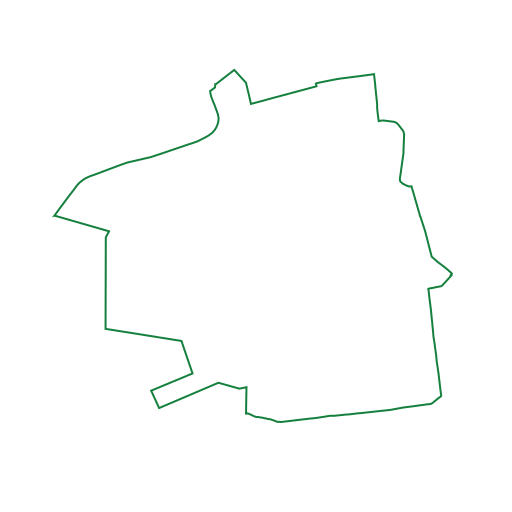 Fantanele, Constanta, Romania (Natural Earth projection), rotated 166°
{"feature_id": "2599482B37422610029163", "entity_name": "Fantanele", "entity_type": "district", "adm_level": 2, "iso_a3": "ROU", "parent_name": "Romania", "parent_adm1": "Constanta", "projection": "natural_earth1", "projection_center": [28.558, 44.619], "detail": "fine", "context": "isolated", "style": "outline", "palette": "green", "viewbox_px": 512, "rotation_deg": 166, "n_neighbors": 0, "source": "geoboundaries", "source_scale": "gbopen_adm2", "svg_char_len": 3724}
<svg xmlns="http://www.w3.org/2000/svg" viewBox="0 0 512 512"><g transform="rotate(166 256 256)"><path d="M272.0,88.9L271.4,88.8L258.8,87.2L257.1,87.0L250.0,86.1L245.5,85.5L243.9,85.3L242.2,85.1L240.0,84.7L234.9,84.1L232.6,83.9L231.5,83.8L227.5,83.4L225.2,83.3L222.6,83.0L220.4,82.5L219.9,82.2L219.7,82.2L213.7,81.3L207.7,80.5L205.7,80.1L202.6,79.6L199.2,79.2L195.7,78.8L193.0,78.3L178.3,76.3L170.9,75.3L163.4,74.2L160.3,74.0L156.8,73.8L152.1,73.5L151.4,73.5L150.7,73.4L150.3,73.4L150.0,73.4L149.3,73.3L141.8,72.4L126.2,70.7L123.6,70.3L121.9,70.2L120.5,70.6L115.6,72.9L113.9,73.7L110.5,75.1L110.2,75.4L110.0,76.1L109.8,77.7L109.7,79.3L109.0,85.0L108.5,88.7L108.1,91.9L107.7,95.0L107.3,97.9L107.1,100.4L107.1,100.6L106.7,103.7L106.6,105.5L106.4,107.4L106.2,109.6L105.9,111.7L105.5,114.2L105.2,116.1L104.9,119.0L104.6,121.8L104.4,124.1L104.0,127.0L103.9,128.1L103.6,131.5L103.3,134.9L102.4,140.4L101.8,144.7L101.1,149.0L100.7,152.1L100.5,153.5L100.3,154.8L99.4,160.6L98.7,166.5L97.9,173.2L97.0,180.0L96.9,180.8L96.8,181.7L96.7,182.5L95.1,182.5L94.4,182.5L92.6,182.3L89.2,182.2L83.8,181.9L82.7,182.2L79.0,184.6L71.1,189.9L71.6,190.4L70.2,191.4L70.3,191.7L70.7,192.5L75.2,198.9L79.5,204.2L80.7,205.7L81.6,207.0L83.2,209.3L85.7,212.9L85.8,225.1L85.8,231.2L85.9,237.3L85.8,237.5L85.9,239.3L86.7,250.8L86.9,254.0L87.0,254.3L87.2,254.7L87.2,257.2L87.8,273.4L88.0,279.5L88.2,282.6L88.3,286.0L90.6,286.4L92.7,287.8L92.8,287.8L96.1,290.7L97.0,292.0L97.9,293.3L98.0,294.6L97.6,296.5L95.6,301.3L93.7,306.1L90.9,313.0L88.1,319.9L86.7,325.0L84.9,331.1L83.1,337.3L82.8,338.6L82.8,340.6L83.0,341.7L84.1,344.4L86.2,349.2L87.4,351.1L88.1,351.7L88.4,352.0L88.9,352.4L89.3,352.6L90.1,353.0L93.2,354.2L96.6,355.5L98.6,356.3L100.2,356.8L101.1,357.0L104.2,357.2L104.3,357.2L104.1,358.9L103.9,361.3L103.5,363.8L103.5,364.3L103.3,365.8L102.9,368.6L102.7,369.8L102.5,371.0L102.2,372.2L102.2,372.4L101.9,373.2L101.8,373.6L101.0,379.1L100.3,384.2L99.3,391.1L98.8,394.2L97.5,403.9L101.6,404.3L114.8,405.8L116.5,406.0L118.6,406.3L122.5,406.7L125.8,407.1L129.1,407.5L129.6,407.6L130.7,407.7L135.4,408.1L142.5,408.5L144.9,408.6L155.1,409.0L156.2,408.8L156.2,407.4L156.2,406.1L156.4,406.1L157.5,406.0L198.4,405.3L211.3,405.0L224.1,404.8L224.0,409.8L223.9,414.8L223.9,417.8L223.8,426.6L225.1,428.9L232.1,441.8L239.8,438.4L253.9,432.2L254.0,432.3L254.9,429.7L255.1,429.4L259.6,427.5L260.6,427.2L260.9,424.9L260.9,423.7L260.9,421.4L260.7,419.7L260.3,416.5L260.3,416.3L260.0,414.2L259.8,413.4L259.0,406.1L258.9,404.6L258.7,403.2L258.8,400.3L259.1,398.2L259.8,396.2L260.1,395.4L260.5,394.7L261.9,392.3L263.6,390.2L264.9,388.9L265.7,388.2L266.5,387.6L268.5,386.2L270.3,385.4L273.1,384.3L277.1,383.2L282.0,382.1L285.1,381.4L287.2,381.2L289.2,381.0L291.5,380.8L293.8,380.7L294.6,380.6L297.4,380.4L298.6,380.3L302.8,379.9L307.0,379.6L319.9,378.5L332.9,377.5L335.1,377.4L345.1,377.6L357.5,377.8L358.6,377.8L360.8,377.6L365.8,377.1L379.1,375.6L392.8,374.0L397.4,373.6L400.3,373.1L402.3,372.7L405.2,371.8L406.6,371.1L407.3,370.9L408.1,370.5L409.7,369.7L411.9,368.3L414.7,366.1L416.6,364.5L424.5,358.2L435.5,349.2L441.8,343.9L441.7,343.9L392.6,315.5L397.2,310.5L419.6,221.7L348.9,191.6L346.0,157.4L390.3,150.7L386.8,131.9L323.2,142.1L304.2,131.3L297.0,131.0L302.5,110.4L303.6,106.0L303.8,105.5L303.8,105.4L303.1,105.4L302.8,105.4L302.1,105.2L301.4,104.8L301.2,104.7L300.6,104.2L299.8,103.6L296.5,100.9L295.5,100.2L295.1,100.0L294.1,99.6L292.9,99.2L292.3,99.0L290.6,98.2L289.5,97.8L288.5,97.4L287.5,96.8L286.8,96.4L286.1,96.2L285.5,96.0L284.1,95.1L283.4,94.7L283.0,94.6L282.2,94.4L281.7,94.1L280.2,93.2L278.6,92.2L276.8,90.9L276.2,90.5L275.7,90.1L275.2,89.8L274.4,89.7L273.9,89.5L273.3,89.4L273.0,89.3L272.0,88.9Z" fill="none" stroke="#15803d" stroke-width="2"/></g></svg>